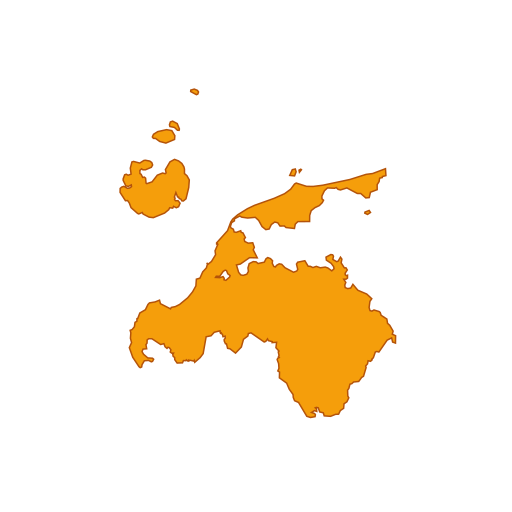 Takalar, Sulawesi Selatan, Indonesia, rotated 66°
{"feature_id": "22746128B33549586615312", "entity_name": "Takalar", "entity_type": "district", "adm_level": 2, "iso_a3": "IDN", "parent_name": "Indonesia", "parent_adm1": "Sulawesi Selatan", "projection": "orthographic", "projection_center": [119.453, -5.411], "detail": "fine", "context": "isolated", "style": "filled", "palette": "amber", "viewbox_px": 512, "rotation_deg": 66, "n_neighbors": 0, "source": "geoboundaries", "source_scale": "gbopen_adm2", "svg_char_len": 6168}
<svg xmlns="http://www.w3.org/2000/svg" viewBox="0 0 512 512"><g transform="rotate(66 256 256)"><path d="M244.7,118.3L240.1,116.3L238.1,113.3L235.2,111.4L235.7,108.7L234.8,108.2L235.4,104.6L228.9,102.2L228.1,115.9L226.2,122.2L224.3,139.1L218.5,166.2L215.7,175.5L212.9,181.5L205.7,189.6L205.9,191.5L209.1,197.2L210.7,204.5L210.7,215.9L209.1,236.8L209.3,244.6L210.9,256.0L212.8,262.3L214.6,265.1L221.3,271.7L228.0,286.7L228.8,287.0L228.6,286.2L229.8,286.1L234.6,291.3L238.4,292.4L242.9,298.9L244.0,303.1L242.2,303.8L243.6,303.6L246.7,306.2L248.8,311.1L253.4,316.2L252.9,319.9L258.9,323.1L263.0,328.6L266.4,335.4L269.2,345.5L269.4,350.3L268.5,354.3L269.5,355.6L260.7,362.7L257.1,362.1L256.9,366.9L255.5,372.4L256.3,374.4L260.1,378.9L260.8,385.3L265.0,389.5L264.8,390.2L267.2,391.4L267.4,393.5L271.2,395.9L272.8,399.1L272.7,401.2L275.3,401.6L280.1,404.2L284.5,404.9L288.2,409.0L298.4,409.8L309.6,407.9L310.9,407.2L310.9,405.6L308.9,404.3L306.3,400.6L307.7,396.6L310.1,394.7L310.2,393.4L308.7,391.5L307.3,392.1L305.1,396.3L300.0,398.7L297.0,399.0L295.1,397.1L296.3,393.6L292.2,392.6L291.3,391.0L288.4,389.6L287.9,387.7L289.3,384.7L298.1,379.1L298.6,375.8L301.9,376.0L304.2,374.9L303.6,373.5L304.5,372.5L307.1,371.9L308.8,373.4L310.4,372.6L311.2,370.9L311.9,372.0L314.0,372.5L315.6,371.6L317.7,372.4L321.7,371.6L323.7,366.6L322.0,364.8L323.1,362.7L322.5,361.9L324.0,361.2L323.7,359.9L324.6,360.1L324.5,358.5L326.7,355.6L326.2,354.9L328.2,355.2L326.1,348.3L323.7,344.0L309.5,334.4L310.6,329.5L308.7,325.2L309.7,319.3L311.1,319.8L311.8,319.1L312.3,319.8L313.8,318.5L316.3,319.0L316.7,316.8L318.6,317.5L319.3,319.0L320.7,319.6L323.8,319.6L324.2,318.7L328.8,319.5L330.2,317.5L336.4,314.2L333.2,306.4L327.0,301.3L325.8,296.0L323.7,294.5L324.2,291.8L337.9,283.5L338.0,281.8L336.4,279.2L338.4,279.1L340.8,276.0L341.7,276.5L343.2,272.3L347.9,275.1L352.2,273.7L352.7,274.7L356.2,275.4L357.1,276.4L358.2,276.1L358.2,277.7L359.2,278.8L363.5,279.1L367.9,280.7L369.9,282.8L371.6,281.7L376.8,284.2L384.6,279.7L391.3,279.8L397.6,278.5L400.4,279.5L403.9,279.6L407.1,276.7L423.1,274.8L425.7,271.9L426.8,267.4L425.2,266.3L423.8,266.5L421.5,268.9L421.0,265.6L422.7,263.7L420.2,262.9L418.8,263.6L418.8,262.5L419.9,260.9L424.4,261.2L426.6,258.3L429.8,258.7L432.8,253.1L433.0,247.7L434.1,244.9L431.5,241.8L430.8,237.9L426.8,235.7L426.2,232.3L423.3,228.9L421.3,229.1L415.8,226.9L414.8,225.1L411.3,222.3L411.6,220.4L410.8,218.1L412.4,213.2L409.9,208.9L409.6,206.7L402.7,200.8L401.1,200.6L399.9,198.0L397.3,196.2L398.8,194.2L398.1,192.2L397.4,192.3L396.7,190.2L392.3,186.1L392.3,184.6L393.7,182.8L386.2,170.4L386.0,165.4L390.2,166.2L392.3,164.0L385.6,160.9L382.9,163.3L380.4,161.3L373.7,162.0L371.0,163.2L366.8,162.1L361.1,165.8L358.1,165.5L356.8,166.1L353.3,170.2L353.5,172.5L352.2,174.1L349.0,173.6L343.8,170.4L342.1,167.6L335.8,170.3L328.7,176.9L321.3,179.0L323.8,182.5L323.1,185.5L321.1,187.4L318.6,186.7L316.7,184.7L312.9,185.3L313.8,183.1L313.4,181.4L310.8,180.2L310.7,181.4L309.5,182.1L308.0,181.6L305.9,178.3L303.4,178.6L302.8,180.1L296.9,181.0L293.8,178.8L291.4,179.3L294.1,183.0L294.0,184.6L290.4,187.2L287.7,185.3L286.1,185.5L285.1,187.0L285.5,192.5L288.4,193.4L293.3,190.3L297.3,189.4L299.4,189.9L300.4,192.8L296.2,195.2L294.3,197.2L292.9,202.1L290.0,205.1L289.7,208.7L287.5,210.6L286.6,212.5L280.2,213.3L278.6,220.4L279.8,222.3L285.2,223.3L286.3,224.9L286.1,228.3L278.5,234.3L274.0,235.9L272.6,238.0L272.9,241.1L273.9,242.7L272.8,244.0L269.2,244.1L267.1,242.8L264.3,243.8L262.2,245.9L262.6,248.0L265.0,250.9L263.7,257.2L261.4,258.3L260.0,260.8L260.2,265.3L263.6,268.2L267.0,269.2L268.9,271.8L268.5,275.6L267.1,277.6L263.9,278.5L256.2,277.5L257.0,273.6L254.9,262.6L258.2,255.6L249.2,256.0L247.4,254.0L242.6,253.6L241.1,257.9L238.1,260.4L235.6,259.9L234.9,258.2L229.6,258.5L228.3,259.9L226.7,259.7L226.4,264.3L225.2,266.2L222.3,265.8L220.2,267.4L218.6,267.4L215.6,264.7L215.1,261.4L213.3,260.6L212.9,254.5L214.7,253.3L217.9,248.2L220.4,240.9L224.6,239.1L231.6,238.5L235.9,236.3L236.7,233.0L233.5,229.2L232.6,225.1L234.5,222.6L238.4,221.9L240.1,217.9L242.2,217.0L246.5,209.7L242.9,207.2L241.6,203.8L246.3,193.0L240.7,190.4L237.0,187.1L235.8,182.5L235.7,177.6L234.2,173.7L232.5,171.6L230.6,172.5L228.0,171.4L224.2,166.9L222.9,163.0L226.1,156.6L226.1,154.9L228.5,153.9L230.0,152.0L230.8,145.3L240.1,138.0L241.5,134.9L247.6,132.1L248.7,128.8L244.3,125.5L244.7,118.3ZM264.5,288.6L266.0,293.4L264.7,294.9L263.4,294.1L261.4,294.5L261.1,297.8L259.1,301.7L258.3,300.5L259.8,297.4L256.7,292.2L256.4,289.9L257.3,288.9L260.8,289.0L263.3,287.6L264.5,288.6ZM151.6,287.8L147.5,286.0L145.2,285.6L141.3,286.1L137.7,288.0L134.6,291.1L135.0,296.3L140.2,303.6L143.5,304.3L143.9,305.4L142.2,307.6L142.0,313.3L146.0,320.8L145.5,326.3L144.7,326.8L140.0,325.2L138.5,325.9L138.1,327.6L134.6,327.7L133.5,328.5L130.6,327.3L129.8,325.1L131.2,324.3L132.3,321.9L132.4,315.5L130.8,313.4L128.2,313.2L126.1,314.4L123.6,318.0L123.1,319.5L123.8,324.4L119.8,329.4L119.6,331.1L124.6,335.1L130.4,336.8L130.2,340.0L128.5,341.3L128.4,343.0L131.5,346.0L132.9,346.6L138.9,346.4L140.5,344.3L140.3,341.0L142.0,341.5L142.5,343.8L141.9,345.9L138.6,348.4L138.4,350.6L139.0,352.6L142.6,354.3L152.4,352.8L153.1,350.8L155.9,350.2L161.0,350.5L168.9,346.9L169.9,346.0L170.0,342.2L171.7,342.1L177.0,337.9L179.2,334.2L179.6,322.0L178.2,316.9L176.8,315.2L178.4,312.6L177.1,311.1L179.5,309.2L179.5,306.7L176.9,303.9L173.8,304.7L172.7,307.1L171.2,307.4L170.3,306.4L169.0,306.6L165.5,303.4L170.2,303.6L170.7,302.7L172.3,302.8L173.5,301.5L175.5,301.3L176.2,300.0L175.3,296.7L166.1,289.6L159.4,286.0L154.6,286.4L151.6,287.8ZM113.1,281.2L107.2,281.9L104.2,286.3L102.4,295.1L103.1,300.1L105.1,302.3L106.8,301.9L107.8,299.9L112.2,297.4L116.2,292.4L116.4,283.0L113.1,281.2ZM108.8,274.3L103.0,274.1L98.9,277.3L98.7,279.7L100.9,281.7L102.7,282.0L105.4,278.2L109.2,276.6L109.9,275.1L108.8,274.3ZM196.1,192.4L198.5,188.2L195.4,185.1L192.5,184.7L191.9,187.7L196.1,192.4ZM79.2,248.8L84.4,244.8L84.4,243.3L82.8,241.8L80.9,242.1L78.4,244.5L77.9,248.1L79.2,248.8ZM261.1,139.2L263.4,137.2L262.8,133.7L260.4,134.1L260.2,138.6L261.1,139.2ZM197.2,182.3L195.7,179.4L194.9,179.8L195.1,181.8L197.2,182.3Z" fill="#f59e0b" stroke="#b45309" stroke-width="1.5"/></g></svg>